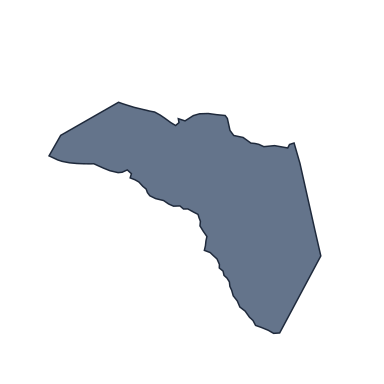 the district of Chaval, Ceará, Brazil, rotated 297°
{"feature_id": "56859067B9006418446479", "entity_name": "Chaval", "entity_type": "district", "adm_level": 2, "iso_a3": "BRA", "parent_name": "Brazil", "parent_adm1": "Ceará", "projection": "equal_earth", "projection_center": [-41.242, -3.075], "detail": "fine", "context": "isolated", "style": "filled", "palette": "slate", "viewbox_px": 384, "rotation_deg": 297, "n_neighbors": 0, "source": "geoboundaries", "source_scale": "gbopen_adm2", "svg_char_len": 1333}
<svg xmlns="http://www.w3.org/2000/svg" viewBox="0 0 384 384"><g transform="rotate(297 192 192)"><path d="M169.6,162.6L171.5,170.6L170.7,176.6L171.0,182.0L174.1,187.5L173.0,192.2L175.0,195.9L174.8,202.7L174.8,207.5L172.3,209.9L169.7,212.8L165.4,214.5L162.1,219.9L159.1,225.5L154.9,226.6L150.1,228.4L145.6,229.5L146.3,235.7L145.1,239.6L143.7,244.7L139.9,249.3L136.7,250.8L135.6,255.6L132.2,258.4L131.2,262.2L128.9,266.1L125.1,268.6L122.4,272.0L118.2,275.9L115.5,281.8L111.2,286.9L110.0,293.4L106.5,300.1L105.2,304.7L102.0,309.2L102.8,315.2L103.4,322.4L103.1,328.9L106.2,334.1L193.5,335.8L214.2,318.5L225.2,309.4L266.5,275.2L282.0,260.7L278.6,257.3L274.7,257.3L270.8,244.5L265.0,235.4L264.8,229.9L263.8,226.0L262.3,222.3L263.8,212.8L261.3,203.5L264.1,197.9L273.6,190.1L275.2,186.8L272.0,178.6L269.3,170.8L265.1,163.2L260.7,158.5L252.2,153.5L251.1,146.5L247.9,148.9L243.8,147.2L244.2,141.6L245.4,134.2L246.1,128.6L246.3,122.4L244.9,117.6L241.2,102.2L239.8,94.1L239.1,89.7L238.6,85.8L204.4,63.4L182.9,49.3L159.3,48.2L159.6,57.7L160.3,62.3L162.4,69.6L165.1,76.4L167.8,82.3L170.9,88.6L172.6,91.7L172.8,96.4L173.1,102.5L173.7,109.2L175.7,117.4L177.9,120.8L182.3,124.3L180.8,129.7L176.5,130.5L177.0,135.6L176.8,140.1L174.7,145.7L173.8,149.8L171.2,152.6L169.5,156.1L169.6,162.6Z" fill="#64748b" stroke="#1e293b" stroke-width="1.5"/></g></svg>